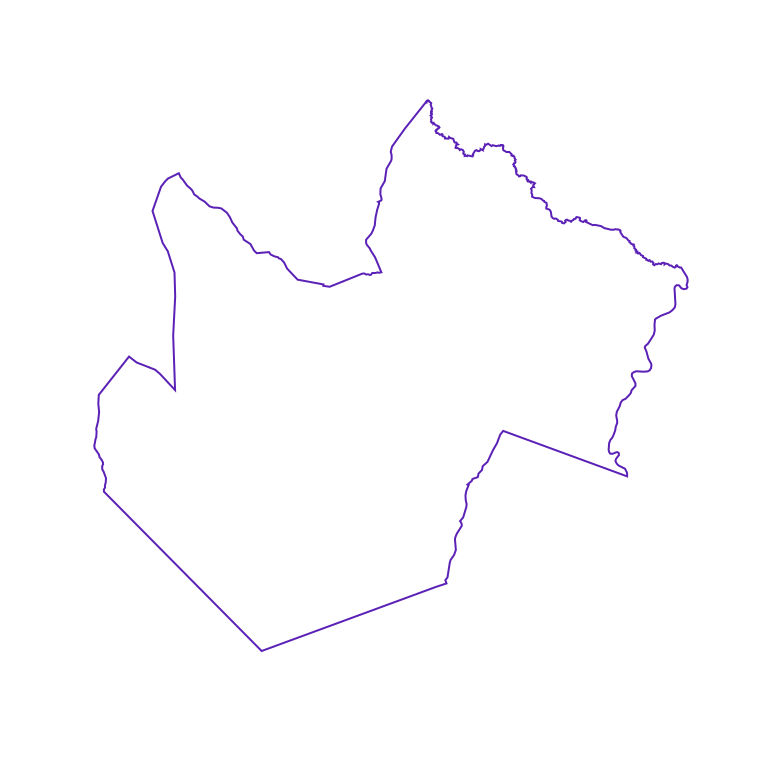 Mwandi, Western, Zambia (Albers equal-area conic projection), rotated 282°
{"feature_id": "96606910B67741623521388", "entity_name": "Mwandi", "entity_type": "district", "adm_level": 2, "iso_a3": "ZMB", "parent_name": "Zambia", "parent_adm1": "Western", "projection": "albers", "projection_center": [24.97, -17.112], "detail": "fine", "context": "isolated", "style": "outline", "palette": "violet", "viewbox_px": 768, "rotation_deg": 282, "n_neighbors": 0, "source": "geoboundaries", "source_scale": "gbopen_adm2", "svg_char_len": 6165}
<svg xmlns="http://www.w3.org/2000/svg" viewBox="0 0 768 768"><g transform="rotate(282 384 384)"><path d="M668.4,366.4L638.3,351.4L617.9,342.5L612.5,342.3L609.9,343.7L606.2,344.6L603.9,344.6L595.0,341.7L582.6,342.6L574.6,340.0L569.1,340.9L564.5,343.2L563.1,343.2L560.9,340.4L560.5,341.4L558.8,341.7L553.0,341.1L545.0,341.1L537.2,342.0L531.2,341.1L528.3,340.3L521.4,336.5L518.5,337.1L516.8,338.0L513.6,342.0L511.9,343.2L506.1,348.9L492.7,358.2L491.7,355.8L491.8,354.3L490.8,352.7L490.2,349.5L488.3,348.6L487.7,347.8L488.0,345.6L487.4,343.8L488.0,341.9L487.5,339.9L467.8,310.6L467.4,304.2L468.8,304.1L468.1,277.8L476.7,265.3L482.2,260.9L484.8,257.2L485.0,255.1L485.9,254.1L486.1,250.1L487.1,246.2L489.1,244.1L485.5,232.3L487.5,229.1L493.1,224.3L496.0,216.8L498.9,215.2L500.5,212.4L503.5,208.8L505.7,207.7L510.5,202.0L515.1,198.6L518.9,194.7L521.9,188.4L521.9,185.2L521.1,180.5L521.5,176.4L525.1,170.6L527.1,164.7L528.6,162.3L529.9,159.0L533.0,156.6L534.6,154.7L537.1,150.1L542.0,144.8L543.8,142.2L547.5,139.5L540.0,129.9L536.7,127.8L530.7,124.9L505.1,121.6L475.9,138.2L468.9,144.9L449.5,155.9L426.0,161.6L387.6,167.7L334.6,180.9L347.3,162.8L350.4,157.1L353.6,137.6L357.8,128.9L314.1,107.3L305.5,108.6L297.2,111.2L288.3,112.1L280.3,111.8L277.6,112.8L272.1,113.6L270.2,113.3L263.2,113.5L260.9,114.4L255.8,119.8L253.4,120.9L250.9,123.8L248.6,125.5L247.1,125.9L245.0,125.4L241.9,126.2L239.9,128.0L234.0,131.7L229.5,132.3L226.8,132.1L224.7,132.7L222.6,131.9L220.4,132.5L97.4,319.8L196.4,477.1L201.9,486.6L204.9,484.8L208.0,486.3L222.9,485.5L225.7,485.7L231.4,488.1L236.6,488.8L246.5,485.8L248.5,485.6L252.6,486.3L261.3,489.5L262.4,489.4L264.5,488.3L265.7,486.9L270.0,489.2L280.7,490.1L283.7,489.8L287.4,488.1L291.8,486.9L296.2,486.7L302.8,487.8L303.0,486.6L307.5,490.0L309.5,490.3L312.4,495.1L316.1,495.1L320.2,497.7L324.2,497.7L329.3,501.4L341.7,504.3L349.5,506.8L358.6,508.2L362.9,510.3L344.2,641.0L347.5,640.3L351.2,637.4L353.0,630.5L354.4,628.3L356.5,626.6L357.5,626.3L359.7,626.8L363.3,628.6L365.4,627.9L365.8,626.6L365.6,625.5L363.2,622.0L362.9,619.9L364.1,618.5L366.3,617.4L373.2,616.5L376.7,617.2L378.4,618.2L381.1,619.0L386.5,619.8L390.4,619.6L394.3,620.2L396.6,619.7L401.3,617.7L405.2,617.5L411.4,619.2L415.0,619.4L417.8,620.7L419.8,623.4L424.6,626.4L426.9,627.4L429.2,627.4L434.4,630.4L437.1,629.7L443.3,624.7L445.9,624.4L447.6,626.0L448.9,628.1L450.0,635.3L451.1,639.2L452.5,640.9L455.0,641.9L457.8,641.7L459.4,641.1L463.8,637.3L470.1,634.1L474.0,631.4L475.5,631.7L478.4,633.9L488.3,637.6L492.6,637.7L498.0,636.3L503.3,635.7L504.5,636.4L508.3,640.6L513.5,648.5L516.4,650.9L519.4,652.5L522.6,652.5L538.2,648.2L540.4,648.7L541.6,649.9L541.8,652.2L539.5,654.9L539.1,657.5L540.1,660.0L541.8,660.7L543.6,659.4L547.3,659.7L549.8,659.1L551.8,658.0L559.7,650.4L559.4,649.2L560.1,646.9L561.1,645.7L560.4,645.0L559.0,645.0L558.3,644.2L558.6,642.4L559.6,640.2L559.3,638.6L560.4,636.8L560.4,634.4L559.3,633.5L560.5,633.2L560.8,632.6L560.2,630.7L558.8,630.1L559.0,627.5L557.9,626.3L557.8,624.8L556.4,623.8L556.6,623.0L557.2,622.2L558.6,622.3L559.6,620.9L559.1,619.3L560.4,618.0L559.4,616.9L560.2,615.6L560.0,614.8L561.1,614.4L561.9,611.0L563.1,610.7L563.5,608.5L565.2,606.9L565.3,606.4L564.4,605.4L564.7,604.7L566.0,604.4L565.4,603.4L566.5,603.5L566.8,602.3L567.9,602.5L568.8,600.6L570.6,600.3L571.1,599.2L572.3,599.4L572.4,596.8L573.4,595.6L573.6,594.7L574.9,594.5L575.1,593.4L577.2,590.7L577.7,587.6L581.4,583.8L582.8,583.6L582.8,583.1L583.6,582.8L583.9,580.8L583.6,580.4L583.6,578.4L582.5,576.1L582.1,573.7L582.3,567.1L583.6,563.4L583.5,557.4L582.8,555.1L584.5,548.0L585.8,548.2L586.2,547.7L586.0,546.7L583.9,545.3L584.2,543.2L584.8,541.4L586.9,541.3L587.3,541.0L587.4,537.8L586.9,537.3L585.4,537.0L584.9,535.5L583.7,535.1L583.2,534.2L581.6,533.2L582.3,532.1L582.2,530.2L582.8,529.3L582.5,528.0L581.4,527.2L580.4,528.0L578.6,526.8L578.5,524.9L579.5,524.5L579.8,523.8L579.7,520.4L580.8,519.8L581.6,517.7L581.0,516.2L581.2,515.0L582.5,513.1L587.1,511.4L588.5,510.2L589.1,509.0L589.3,506.3L590.8,505.9L592.3,506.3L594.9,505.3L595.6,502.9L596.4,502.5L596.5,501.5L597.7,499.6L598.0,497.5L597.3,493.0L598.0,489.9L600.1,489.6L601.4,488.5L604.2,488.2L605.6,487.2L607.7,488.6L607.8,489.8L609.5,488.6L611.7,489.9L612.3,488.0L611.8,486.5L612.6,485.9L612.5,485.0L611.7,485.2L612.2,484.3L612.0,482.5L612.5,482.1L612.9,482.6L613.2,482.0L613.7,482.3L614.4,480.7L615.6,480.8L616.2,480.4L617.0,477.5L616.5,474.3L615.6,474.0L615.1,472.9L616.0,472.1L616.7,470.1L618.0,469.3L619.7,469.5L619.9,468.7L620.9,468.9L621.4,468.3L622.4,468.2L622.8,467.3L623.9,466.9L624.0,465.8L625.2,465.6L625.6,464.8L627.0,465.3L627.5,466.3L628.5,466.5L629.9,465.5L630.8,466.1L632.1,464.6L633.1,464.5L634.2,463.2L633.7,462.3L634.0,461.1L635.2,461.2L637.0,458.4L636.4,455.6L637.5,452.1L639.2,451.3L640.4,451.5L641.1,451.0L641.7,451.3L642.4,450.6L642.1,448.7L641.7,448.9L641.2,448.2L640.9,447.2L641.1,446.6L640.0,444.3L640.2,440.7L639.1,439.7L640.7,435.8L639.1,434.1L639.4,433.1L637.6,433.2L636.5,432.5L634.9,432.6L633.7,431.7L633.3,431.9L633.9,429.7L633.1,429.9L631.5,428.6L631.4,426.8L632.0,426.1L631.9,425.5L631.0,424.5L627.0,423.1L626.5,423.7L625.0,423.3L625.0,418.2L624.1,417.9L624.3,416.6L623.8,415.6L625.3,415.5L625.3,414.3L625.9,413.6L627.7,413.8L629.3,412.4L629.6,410.5L628.6,409.5L629.5,408.7L630.3,406.3L629.7,405.5L629.9,404.8L632.9,405.0L633.7,406.5L634.2,405.5L635.0,405.0L635.3,404.2L634.8,403.5L635.4,402.4L638.2,400.8L638.5,397.5L639.2,396.2L637.4,396.1L636.8,392.6L637.9,392.6L638.5,391.4L638.6,389.7L639.2,389.2L640.1,389.4L640.6,388.8L639.4,387.0L640.6,384.6L640.4,383.0L641.7,382.6L642.2,381.8L643.5,382.3L643.6,382.9L644.9,383.3L645.1,384.1L646.5,384.9L647.3,384.1L647.1,383.6L647.8,382.7L647.8,381.1L649.2,378.6L648.8,378.2L649.8,378.1L649.4,376.7L650.2,375.5L651.0,375.7L652.7,374.9L654.4,375.5L654.7,374.8L655.7,374.9L656.2,373.8L657.3,374.5L658.0,374.0L658.3,374.7L659.5,374.0L659.5,373.5L660.2,373.3L661.0,373.5L661.0,374.0L662.1,373.6L663.5,374.0L664.1,373.0L665.2,372.7L666.7,371.6L668.6,371.8L669.4,370.0L670.1,369.3L669.9,368.8L670.4,368.7L670.6,368.1L670.2,368.0L669.9,367.1L669.1,367.1L668.9,366.5L668.3,366.7L668.4,366.4Z" fill="none" stroke="#5b21b6" stroke-width="2"/></g></svg>